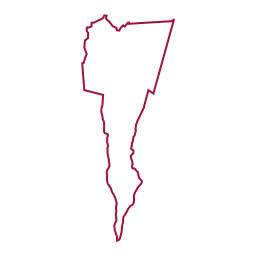 Victoria, Choiseul, Saint Lucia (Equal Earth projection)
{"feature_id": "8701671B14688938630280", "entity_name": "Victoria", "entity_type": "district", "adm_level": 2, "iso_a3": "LCA", "parent_name": "Saint Lucia", "parent_adm1": "Choiseul", "projection": "equal_earth", "projection_center": [-61.04, 13.808], "detail": "fine", "context": "isolated", "style": "outline", "palette": "rose", "viewbox_px": 256, "rotation_deg": 0, "n_neighbors": 0, "source": "geoboundaries", "source_scale": "gbopen_adm2", "svg_char_len": 5572}
<svg xmlns="http://www.w3.org/2000/svg" viewBox="0 0 256 256"><path d="M87.2,27.4L86.7,28.1L86.7,30.9L88.1,32.8L88.1,38.0L85.0,40.4L84.3,47.5L86.7,54.1L85.3,57.5L83.6,63.1L82.2,63.3L84.3,90.1L103.1,94.9L102.5,104.0L102.3,105.8L102.1,106.3L102.0,106.6L101.8,106.9L101.7,107.1L101.6,107.5L101.5,107.8L101.4,108.7L101.4,109.3L101.3,109.7L101.3,109.9L101.3,110.0L101.3,110.8L101.3,111.0L101.4,111.6L101.4,112.0L101.5,112.7L101.7,113.3L102.1,114.7L102.2,115.3L102.3,115.7L102.4,116.4L102.6,118.3L102.7,118.5L102.7,119.0L102.8,119.1L103.0,119.8L103.5,120.8L103.7,121.2L103.9,121.9L103.9,122.0L104.0,122.3L104.1,123.4L104.1,125.4L104.1,125.7L104.1,126.2L104.2,126.8L104.1,127.4L104.1,128.6L104.0,129.6L104.0,130.9L104.0,131.4L104.1,131.9L104.2,132.1L104.3,132.3L104.6,132.7L104.9,133.0L105.2,133.2L105.4,133.3L105.7,133.5L105.9,133.6L106.2,133.7L107.1,133.9L107.3,134.0L107.6,134.2L107.7,134.4L107.8,134.6L108.0,134.8L108.0,135.0L107.9,135.3L107.9,135.6L107.8,136.1L107.6,136.8L107.4,137.3L107.3,137.8L107.2,138.3L107.1,138.7L107.2,140.0L107.1,140.9L107.1,141.0L107.2,142.1L107.2,142.7L107.3,143.1L107.6,143.7L107.6,144.0L107.8,144.5L107.9,145.1L107.9,145.7L107.9,146.2L107.9,146.6L107.8,146.9L107.8,147.1L107.7,147.2L107.5,147.6L107.5,147.8L107.4,148.0L107.4,148.4L107.4,148.9L107.4,149.4L107.5,150.2L107.5,150.9L107.5,151.1L107.5,152.7L107.5,152.8L107.6,153.0L108.0,156.3L108.8,159.1L108.9,161.7L109.4,163.5L109.4,166.1L108.3,168.5L107.2,170.1L106.8,171.4L106.7,172.9L107.2,174.6L107.2,176.1L106.9,178.2L107.1,180.8L107.7,183.6L109.6,186.3L111.0,188.6L112.0,191.8L112.7,193.1L113.8,194.9L115.2,197.8L116.4,201.9L116.7,203.6L116.4,205.2L116.0,207.0L116.0,209.1L116.4,210.9L116.1,212.6L115.8,215.0L115.9,216.7L116.4,218.8L116.3,220.8L115.0,223.4L114.3,225.6L114.3,227.0L114.9,230.5L116.0,233.9L116.9,236.5L117.0,240.6L117.7,240.4L118.0,240.4L118.2,240.2L118.7,239.9L119.1,239.6L119.5,239.0L119.8,238.6L120.0,238.4L120.1,237.7L120.3,236.9L120.4,236.4L120.5,236.2L120.7,235.4L120.8,235.3L120.8,235.0L120.9,234.5L121.0,234.3L121.0,234.0L121.1,233.5L121.3,233.2L121.5,232.3L121.6,231.6L121.7,231.2L121.8,229.9L121.8,229.7L121.8,229.3L121.9,228.8L121.9,228.4L122.0,227.1L122.0,226.8L122.1,226.2L122.2,225.5L122.3,224.8L122.7,223.7L122.8,223.4L122.8,223.0L123.0,222.1L123.0,221.8L123.1,220.7L123.1,220.4L123.1,220.1L123.1,219.7L123.2,219.2L123.2,218.9L123.2,218.6L123.3,217.7L123.4,217.1L123.5,216.9L123.6,216.6L123.9,216.2L124.0,216.0L124.4,215.5L124.9,214.9L125.5,213.9L126.7,211.8L126.9,211.5L127.6,209.9L128.0,209.2L128.3,208.6L128.7,208.1L129.1,207.6L129.3,207.4L129.5,207.1L129.8,206.7L130.0,206.3L130.2,206.1L130.5,205.9L131.1,205.5L131.4,205.5L131.7,205.3L132.2,205.0L132.3,204.9L132.5,204.7L132.9,204.3L133.3,203.6L133.4,203.3L133.9,201.6L133.9,200.9L134.0,200.6L134.0,199.7L134.0,199.0L134.0,198.6L134.0,197.9L134.0,197.6L134.0,197.3L133.9,197.1L133.9,196.1L134.0,195.9L133.9,195.5L133.9,195.3L134.0,195.1L134.4,194.2L134.7,193.3L134.9,192.7L135.1,192.3L135.4,191.8L135.7,191.2L135.8,191.1L136.4,190.2L136.8,189.5L136.9,189.1L137.1,188.8L137.7,187.9L138.0,187.5L138.1,187.2L138.3,187.0L138.8,186.4L139.6,185.5L140.0,185.1L140.5,184.5L140.8,184.1L141.0,183.8L141.3,183.3L141.5,182.9L141.6,182.7L141.7,182.2L141.8,182.1L141.7,181.2L141.7,180.9L141.5,180.6L141.4,180.3L141.1,180.0L140.5,179.5L140.0,179.1L139.9,179.0L139.7,178.8L139.5,178.6L139.4,178.2L139.1,177.5L139.0,177.2L138.9,176.9L138.8,176.5L138.6,176.0L138.5,175.6L138.5,175.3L138.4,174.4L138.3,173.8L138.2,173.4L138.1,172.9L137.9,172.4L137.7,172.1L137.6,171.9L137.0,171.4L136.8,171.1L136.6,170.9L136.4,170.7L135.9,170.1L135.7,169.8L135.4,169.3L135.3,169.2L135.1,169.0L135.0,168.9L134.5,168.7L134.1,168.5L133.9,168.4L133.3,168.4L133.2,168.5L132.9,168.5L132.8,168.4L132.7,168.4L132.4,168.1L132.3,167.8L132.1,167.6L132.1,167.4L132.0,167.2L132.0,166.9L132.0,166.6L132.1,166.0L132.2,165.5L132.2,165.2L132.4,164.6L132.4,164.3L132.5,164.0L132.6,163.5L132.4,163.2L132.4,162.8L132.4,162.7L132.4,162.4L132.3,162.1L132.2,161.5L132.2,161.4L132.2,161.2L132.1,160.9L131.9,160.5L131.8,160.3L131.7,160.0L131.6,159.6L131.5,159.3L131.4,159.2L131.2,158.5L131.1,158.3L131.0,157.8L130.9,157.4L130.8,157.1L130.8,156.4L130.8,156.2L131.0,155.8L131.1,155.4L131.3,155.2L131.5,154.9L132.3,154.1L132.8,153.6L133.2,153.4L133.3,153.1L133.4,152.9L133.4,152.7L133.4,152.4L133.4,152.0L133.4,151.9L133.4,151.4L133.4,151.0L133.3,150.6L133.2,150.2L132.9,149.9L132.5,149.8L132.2,149.8L132.0,149.7L131.8,149.6L131.7,149.5L131.4,149.2L131.2,148.8L131.1,148.7L131.1,148.3L131.1,148.1L131.2,147.8L131.3,147.4L131.6,146.8L131.7,146.4L131.8,146.1L131.9,145.0L131.9,144.2L131.9,143.9L132.0,143.3L132.0,143.0L132.1,142.8L132.2,142.6L132.5,142.1L132.6,141.8L132.7,141.5L132.8,141.4L132.9,141.0L133.0,140.5L133.0,140.2L133.1,139.7L133.1,139.0L133.1,138.6L133.2,138.4L133.3,137.9L133.4,137.5L133.5,136.9L133.7,136.7L134.1,136.1L134.3,135.9L134.5,135.5L134.7,135.2L134.8,134.9L134.9,134.5L135.1,133.4L135.3,132.8L135.4,132.3L135.6,131.6L135.7,131.3L135.8,130.8L135.9,130.6L135.9,130.2L135.8,129.8L135.7,129.7L135.5,129.4L135.5,129.2L135.5,128.7L135.6,128.2L135.8,127.3L135.8,127.0L135.9,126.1L136.0,125.7L136.0,125.2L136.1,124.9L136.0,125.0L137.4,121.0L144.1,107.2L144.0,106.6L148.4,90.1L153.4,93.6L173.8,20.1L173.7,19.8L172.7,20.8L172.0,20.6L171.3,21.2L128.6,23.8L128.8,22.6L127.5,23.0L124.7,26.6L123.2,25.4L120.9,27.5L119.3,30.6L116.8,30.3L116.4,27.9L112.5,26.0L111.1,23.9L108.7,21.1L107.1,19.9L105.9,18.4L106.6,15.7L104.4,15.4L103.0,18.1L99.8,19.9L98.2,20.5L93.9,22.7L91.7,22.7L91.4,26.6L87.6,27.9L87.2,27.4Z" fill="none" stroke="#9f1239" stroke-width="2"/></svg>